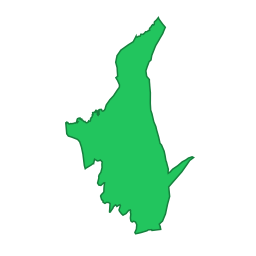 Kolahun, Lofa, Liberia (Equal Earth projection), rotated 353°
{"feature_id": "62588387B25205457381815", "entity_name": "Kolahun", "entity_type": "district", "adm_level": 2, "iso_a3": "LBR", "parent_name": "Liberia", "parent_adm1": "Lofa", "projection": "equal_earth", "projection_center": [-10.197, 8.109], "detail": "fine", "context": "isolated", "style": "filled", "palette": "green", "viewbox_px": 256, "rotation_deg": 353, "n_neighbors": 0, "source": "geoboundaries", "source_scale": "gbopen_adm2", "svg_char_len": 4490}
<svg xmlns="http://www.w3.org/2000/svg" viewBox="0 0 256 256"><g transform="rotate(353 128 128)"><path d="M148.1,232.6L148.1,231.9L147.8,230.2L148.0,230.1L147.3,227.2L150.9,224.6L154.7,217.9L158.0,208.3L161.0,201.0L161.2,191.4L176.0,178.1L181.7,171.8L185.3,167.7L189.2,165.5L189.5,165.3L188.1,164.4L184.3,165.2L181.6,166.7L177.7,168.2L172.8,171.5L167.3,174.3L164.4,176.8L162.4,177.9L162.4,176.8L162.5,176.1L163.0,173.8L162.5,170.3L162.0,166.3L161.6,164.9L161.4,159.8L161.0,155.3L160.3,152.9L159.2,149.0L157.9,147.1L157.3,140.8L156.3,134.3L156.2,134.1L156.2,133.9L155.8,130.0L154.4,125.2L154.3,124.6L153.5,116.8L152.7,113.0L153.1,106.7L153.3,104.9L153.5,103.4L154.5,95.6L154.5,95.0L154.7,88.5L154.8,87.0L154.8,86.8L154.9,84.2L155.1,82.5L152.8,79.0L152.8,78.4L152.7,73.4L154.5,69.5L156.0,66.7L156.7,65.3L157.0,64.8L159.1,63.3L160.4,58.9L164.3,51.7L165.0,50.5L165.5,49.6L167.1,47.5L168.4,45.8L169.8,44.0L170.4,43.1L173.1,39.6L174.0,38.4L175.3,36.0L176.4,34.1L177.3,32.6L175.0,29.1L172.0,23.7L171.6,22.1L170.7,23.0L169.4,24.3L167.8,25.4L167.1,26.0L166.6,28.3L166.0,28.9L165.1,28.4L163.9,29.4L163.5,30.3L162.4,30.9L162.0,31.4L161.4,32.2L161.4,33.7L160.0,33.7L159.3,34.5L158.3,34.7L157.2,34.6L156.2,35.6L154.5,36.9L152.2,36.5L151.3,38.3L149.3,38.3L148.5,38.9L147.2,38.6L147.2,37.9L145.8,40.0L143.7,43.0L142.5,43.6L142.3,43.7L138.2,45.6L137.9,45.8L135.1,47.3L132.7,48.6L130.3,49.9L130.2,50.1L129.9,50.4L128.6,51.9L125.9,54.9L125.9,55.0L125.5,56.2L124.9,57.9L124.1,60.5L123.9,60.9L123.8,61.3L124.3,64.8L124.6,67.1L124.5,67.6L124.3,70.8L124.2,72.6L124.2,73.3L124.0,75.4L122.1,76.6L122.6,77.7L123.3,79.2L123.5,79.7L124.8,84.1L124.4,86.5L123.4,87.6L122.3,88.7L122.0,89.1L120.1,91.3L118.4,93.3L117.8,94.1L114.6,96.8L113.4,97.8L112.0,99.4L109.8,101.8L109.3,102.4L109.3,102.5L108.7,103.6L108.1,105.0L107.8,105.9L107.7,106.0L107.3,106.8L107.1,107.0L106.4,107.7L105.4,108.1L104.9,108.2L104.7,108.1L104.0,107.4L104.1,106.7L103.7,106.2L103.2,106.2L102.3,106.5L101.8,106.2L101.7,106.3L101.1,106.7L100.8,106.8L100.1,107.2L99.7,108.1L100.1,108.8L100.4,108.9L101.2,108.3L101.1,108.9L100.7,109.1L100.2,109.2L99.9,109.7L100.3,109.9L100.9,109.8L101.0,110.0L100.9,110.7L100.5,110.5L100.1,111.2L100.0,111.8L99.9,111.9L99.7,111.7L99.5,111.2L99.1,110.4L99.3,110.1L99.5,109.6L99.3,109.0L99.4,108.5L99.0,108.1L99.2,107.6L98.8,107.5L98.6,106.6L98.4,106.6L98.2,107.3L97.9,107.9L97.7,107.4L97.5,107.8L97.0,107.9L96.8,108.2L96.1,108.5L95.3,108.3L95.1,108.3L94.8,108.4L94.9,109.2L94.7,109.8L94.8,110.2L94.4,110.3L94.6,110.7L94.3,110.8L94.2,111.3L93.9,111.7L93.7,112.5L93.3,113.0L92.6,113.3L92.4,114.1L92.2,114.3L91.7,114.7L91.8,115.4L91.8,115.5L91.6,116.2L91.1,116.7L90.6,116.5L89.9,116.1L89.7,116.6L89.4,116.9L89.1,117.4L88.4,117.4L88.0,117.8L87.3,117.8L86.5,117.2L86.1,116.4L86.0,116.5L84.8,116.1L83.8,114.5L82.9,114.3L83.0,113.4L81.8,113.5L81.6,112.3L81.0,112.5L80.8,112.6L80.6,112.2L79.1,112.6L78.5,113.4L78.6,113.9L77.8,115.1L78.0,115.7L79.0,115.8L78.3,116.6L77.2,116.3L76.2,116.8L75.6,116.5L74.0,116.9L73.1,116.8L72.1,116.8L71.5,116.6L70.3,116.9L69.7,116.7L69.4,116.1L68.8,115.1L67.7,115.7L67.6,114.9L66.9,115.3L66.5,126.3L67.8,128.7L70.9,130.1L74.1,131.8L76.6,133.2L77.6,134.7L77.7,134.8L78.4,135.8L79.5,141.4L80.1,148.4L80.1,156.1L80.1,159.9L80.6,163.2L81.4,162.7L87.0,160.2L88.0,159.6L88.4,159.3L89.0,158.9L89.5,159.2L90.6,156.0L91.0,154.9L91.3,155.1L93.5,156.9L94.4,156.9L95.2,156.9L96.7,156.4L98.1,158.4L98.3,158.7L97.7,160.6L97.4,164.3L95.7,168.6L93.6,171.1L93.0,172.5L93.0,173.9L91.9,176.9L91.1,178.9L91.4,179.6L92.1,181.1L94.1,181.7L97.2,179.5L98.1,179.5L97.2,182.9L96.8,184.9L96.3,188.4L94.7,190.0L93.7,190.6L92.9,191.6L92.5,192.2L93.1,196.0L93.4,196.3L94.2,196.9L94.2,197.9L94.2,198.6L94.7,199.0L95.6,199.8L95.9,200.0L97.7,199.2L99.7,199.6L100.4,200.2L101.0,200.7L101.0,200.9L99.5,208.6L99.5,209.2L100.3,209.2L100.9,208.3L103.2,205.8L103.5,205.2L103.8,204.6L104.5,204.0L106.3,202.8L106.9,203.4L107.0,203.6L107.4,204.5L109.4,203.5L110.5,203.2L110.5,203.3L111.0,204.1L109.9,206.5L109.1,208.2L109.4,209.4L109.7,210.0L111.1,212.4L111.2,212.5L112.4,213.9L114.4,213.1L114.6,213.1L115.7,212.6L115.8,212.5L118.7,209.8L120.3,209.6L120.4,210.2L120.5,210.6L120.1,211.6L120.3,213.8L119.4,217.7L119.5,220.6L120.7,221.8L121.3,221.6L122.2,221.2L124.0,222.2L124.9,225.1L124.6,226.5L124.0,229.4L122.1,232.5L122.2,232.8L122.5,233.5L122.7,233.9L128.0,233.4L134.3,232.3L135.9,231.5L136.4,231.6L138.9,231.8L139.1,231.8L139.2,232.3L139.3,232.6L140.5,232.6L148.1,232.6Z" fill="#22c55e" stroke="#15803d" stroke-width="1.5"/></g></svg>